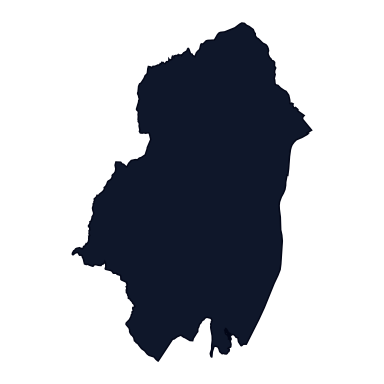 outline of San Estanislao, Bolívar, Colombia
{"feature_id": "7082276B79132540776800", "entity_name": "San Estanislao", "entity_type": "district", "adm_level": 2, "iso_a3": "COL", "parent_name": "Colombia", "parent_adm1": "Bolívar", "projection": "equal_earth", "projection_center": [-75.215, 10.366], "detail": "fine", "context": "isolated", "style": "filled", "palette": "ink", "viewbox_px": 384, "rotation_deg": 0, "n_neighbors": 0, "source": "geoboundaries", "source_scale": "gbopen_adm2", "svg_char_len": 5925}
<svg xmlns="http://www.w3.org/2000/svg" viewBox="0 0 384 384"><path d="M241.8,23.0L239.8,24.1L234.9,27.8L224.7,31.9L220.4,32.4L219.1,32.9L217.6,34.5L214.9,39.2L214.2,40.1L207.8,40.4L206.2,40.8L203.1,44.0L201.3,43.9L200.7,45.0L199.9,48.7L199.0,50.2L197.8,51.1L196.4,52.8L194.9,56.7L192.6,55.4L192.1,54.2L190.9,53.9L190.3,53.1L189.0,49.5L188.5,48.5L188.1,48.4L187.5,49.1L187.1,50.5L186.2,51.4L183.7,52.8L181.5,55.5L181.2,54.9L180.4,55.1L179.5,54.9L178.8,55.6L178.2,54.6L177.2,55.7L175.9,55.4L174.8,56.0L174.2,55.8L173.9,57.5L173.4,56.8L172.8,56.9L172.4,56.4L171.9,58.0L172.2,58.8L172.0,59.4L171.0,59.5L170.6,60.1L170.1,59.9L169.7,60.1L168.9,59.0L168.9,60.5L168.2,61.7L166.5,61.7L165.1,63.7L163.6,63.2L163.2,62.5L162.4,62.6L161.9,62.3L161.1,63.7L160.2,63.6L160.0,64.7L159.5,64.7L158.9,65.2L158.0,64.9L157.5,65.4L157.0,65.4L155.0,66.3L152.9,66.4L152.5,67.3L151.8,67.9L151.4,67.2L150.4,67.3L150.2,66.8L148.4,66.5L147.8,68.8L147.4,72.8L146.8,74.2L145.2,75.6L144.0,78.5L141.1,83.0L139.6,83.9L138.6,86.3L138.1,91.7L137.6,93.2L137.9,93.8L137.8,94.1L138.6,95.7L138.7,96.9L139.4,99.1L138.7,100.6L138.6,102.1L136.5,109.1L136.7,109.9L138.1,111.2L138.4,112.5L138.1,114.6L138.3,116.3L138.1,119.8L138.4,120.6L138.2,121.6L139.0,122.5L139.4,124.1L139.1,125.9L139.9,130.1L139.4,131.3L140.3,132.9L140.9,133.0L142.4,133.1L143.8,132.8L145.6,133.2L148.6,132.7L149.4,133.7L150.8,139.4L147.3,147.6L147.1,149.1L145.2,154.9L141.3,157.5L139.3,158.1L137.5,159.8L135.4,159.6L131.3,160.5L128.8,163.2L126.8,166.9L126.0,166.6L123.6,164.3L122.3,164.1L120.7,162.2L115.9,162.0L115.1,165.2L115.8,168.7L115.4,171.5L114.0,173.7L113.3,174.1L112.2,175.3L112.3,176.8L111.5,178.7L110.1,180.0L108.2,181.1L107.6,181.9L106.9,184.0L105.6,186.4L104.2,187.5L104.4,188.4L104.2,189.6L102.8,191.5L99.4,194.2L98.6,195.5L97.0,195.3L96.5,196.8L94.2,199.0L94.5,200.0L94.4,201.0L94.0,201.4L94.1,202.9L93.3,203.5L93.2,205.7L92.5,208.0L92.9,210.4L93.7,212.8L93.5,214.6L92.1,216.8L92.0,218.3L91.1,221.1L89.9,221.8L90.1,222.5L89.7,224.0L88.5,225.7L88.6,226.8L89.5,227.1L89.7,227.7L89.8,230.0L89.1,230.5L89.2,232.2L89.0,233.8L89.8,235.3L89.4,235.9L88.7,236.1L89.0,237.0L88.7,237.8L88.8,239.7L88.3,241.9L86.8,244.1L86.5,244.3L86.1,243.8L84.6,246.3L84.2,246.7L83.6,246.5L83.2,247.8L82.5,248.8L82.0,248.9L81.5,248.4L80.7,248.5L79.7,247.7L76.8,248.3L75.6,248.9L74.6,250.4L73.7,250.8L72.4,253.2L72.4,254.4L73.0,254.8L75.5,252.9L77.2,252.5L78.0,252.6L79.5,255.2L81.2,255.2L81.9,255.4L82.1,255.8L82.4,257.1L83.3,258.8L84.5,263.9L86.2,264.5L88.2,264.3L88.9,264.9L92.5,266.2L93.4,266.0L94.0,264.8L95.8,264.6L98.4,265.3L101.0,265.5L101.8,264.4L103.5,263.8L104.3,262.9L104.8,261.6L105.7,263.8L105.8,266.7L105.2,268.8L105.7,269.3L110.4,270.4L111.9,271.1L113.3,273.2L116.3,273.3L116.9,273.5L116.9,274.1L117.3,274.4L120.4,275.3L120.8,276.6L120.9,279.3L121.4,279.9L125.6,281.8L126.3,282.4L126.8,282.4L126.6,283.8L127.5,284.3L126.9,285.3L127.3,286.0L126.8,286.8L126.5,286.6L126.2,286.8L126.7,287.4L126.7,288.5L127.2,289.1L127.0,289.5L126.7,289.3L126.4,289.6L126.2,290.1L126.6,290.9L126.3,291.9L126.5,292.7L127.4,293.5L127.9,295.6L128.4,296.2L128.4,298.3L129.9,298.9L130.4,299.9L132.2,301.8L132.8,303.2L133.8,304.0L134.8,306.5L134.5,307.1L132.9,307.4L132.7,308.4L133.2,310.7L133.0,311.3L132.0,312.0L132.3,313.6L131.4,314.7L131.1,316.4L129.5,319.6L126.3,322.9L126.0,324.0L126.1,324.5L129.1,328.1L129.7,330.2L129.6,331.3L130.0,332.7L131.3,334.8L132.3,335.5L133.8,337.6L134.5,340.9L135.1,341.1L136.3,342.7L136.8,342.8L137.6,343.7L138.5,344.0L138.8,345.0L141.6,348.6L144.7,350.8L147.2,353.9L149.0,355.3L154.0,356.9L155.9,359.2L157.7,360.8L158.2,361.0L172.5,339.3L174.2,338.9L177.0,336.8L180.4,335.3L181.9,335.5L182.4,336.5L183.2,336.4L183.9,337.3L184.8,337.5L189.9,340.5L192.7,340.7L193.3,338.4L196.9,332.6L197.7,331.7L197.8,328.5L198.7,327.0L199.4,324.4L200.7,323.1L202.1,320.6L203.9,319.6L204.5,318.5L206.0,317.5L207.1,317.3L211.0,318.3L212.2,320.6L211.4,321.4L211.6,322.0L210.7,324.0L211.0,326.0L210.7,326.9L210.9,328.7L212.2,335.9L212.3,340.4L211.7,345.5L211.7,349.3L210.5,352.7L210.3,353.8L211.0,356.4L211.4,356.9L211.8,356.9L211.9,356.4L212.3,351.8L213.8,347.1L214.2,346.4L214.8,346.2L216.3,346.3L217.9,347.0L218.9,348.7L219.8,351.7L222.1,353.7L223.7,353.4L224.9,353.9L226.6,353.9L227.4,353.1L228.0,352.0L228.9,351.5L229.3,350.1L229.2,349.0L228.0,348.3L229.2,347.4L230.5,347.1L230.8,346.5L231.0,344.2L230.0,340.2L229.5,339.4L228.5,339.2L228.6,337.5L227.1,334.8L225.7,334.1L224.6,330.0L224.9,329.7L225.2,329.9L226.0,331.5L228.9,335.8L229.0,336.6L230.6,340.0L231.0,339.7L231.1,338.7L229.4,334.8L227.4,331.9L226.1,330.6L225.6,329.3L225.6,328.5L226.2,328.6L229.0,333.1L230.4,333.5L229.7,334.5L230.0,335.2L230.5,335.6L230.9,335.6L231.4,334.9L232.8,334.5L233.7,334.6L234.9,335.6L236.0,337.2L237.9,337.9L238.5,341.7L241.0,345.6L241.6,345.7L243.2,344.3L243.8,344.2L246.3,344.2L258.8,319.4L264.2,307.7L274.1,283.3L277.9,275.3L280.1,269.6L280.8,264.0L282.3,240.9L281.8,235.2L280.7,229.9L280.3,217.1L279.3,209.4L279.1,205.5L279.5,201.9L281.3,196.9L283.4,193.1L284.9,189.5L285.6,185.5L285.7,182.2L287.0,175.0L287.8,175.3L288.6,168.7L289.5,156.4L290.4,149.8L291.1,147.1L292.1,144.7L294.0,142.1L296.3,139.8L302.5,137.1L307.4,134.3L307.1,134.0L308.3,133.2L307.2,132.7L311.6,130.2L302.5,119.1L302.9,116.8L304.2,115.5L298.1,111.2L297.7,110.6L298.0,109.8L297.4,109.0L295.9,108.0L295.9,107.7L295.3,107.4L294.0,108.1L293.6,107.9L292.7,104.9L293.2,103.9L291.6,103.1L290.3,103.7L290.0,103.3L289.7,99.9L288.7,95.2L286.1,91.4L283.9,90.3L280.4,87.9L278.0,85.4L276.0,84.9L275.2,84.1L274.9,82.6L274.7,80.0L274.2,78.5L275.2,74.5L274.5,72.4L274.8,70.1L275.7,68.0L275.4,67.2L275.0,67.2L274.5,66.3L274.6,62.3L273.5,61.0L271.7,60.4L271.0,58.9L269.5,57.4L268.2,54.4L268.0,52.7L268.5,50.9L268.5,50.0L267.8,48.5L268.1,48.4L267.3,46.4L265.9,44.7L262.7,43.1L258.4,38.8L256.8,37.9L255.6,36.3L255.3,35.5L255.2,33.4L254.4,32.6L253.2,29.5L249.0,26.4L246.5,25.3L244.5,23.4L241.8,23.0Z" fill="#0f172a" stroke="#020617" stroke-width="1.5"/></svg>